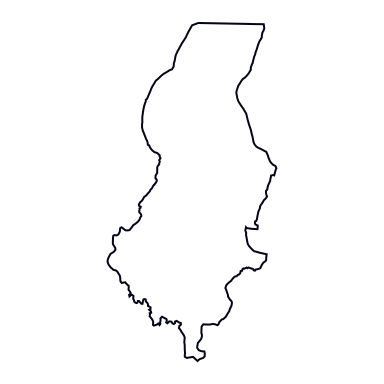 Ovia South-West, Edo, Nigeria
{"feature_id": "59680162B58622494857171", "entity_name": "Ovia South-West", "entity_type": "district", "adm_level": 2, "iso_a3": "NGA", "parent_name": "Nigeria", "parent_adm1": "Edo", "projection": "natural_earth1", "projection_center": [5.256, 6.471], "detail": "fine", "context": "isolated", "style": "outline", "palette": "ink", "viewbox_px": 384, "rotation_deg": 0, "n_neighbors": 0, "source": "geoboundaries", "source_scale": "gbopen_adm2", "svg_char_len": 5692}
<svg xmlns="http://www.w3.org/2000/svg" viewBox="0 0 384 384"><path d="M197.5,361.0L198.1,360.3L200.0,359.0L203.0,358.0L204.6,356.5L204.8,353.6L204.4,351.5L201.4,351.2L198.8,350.2L197.1,347.7L197.8,343.1L200.0,340.4L201.1,339.0L201.9,336.7L201.9,334.5L201.4,333.3L201.4,332.0L201.5,329.3L201.6,326.6L203.3,324.3L206.2,324.5L210.2,324.5L212.9,323.9L215.1,324.3L215.8,324.6L217.5,325.2L218.5,324.3L219.1,322.4L221.7,319.5L223.3,319.1L225.8,316.7L227.6,313.7L229.2,311.2L230.0,308.5L230.5,308.0L230.8,307.0L231.3,306.3L231.5,305.5L231.8,304.1L231.9,302.9L231.8,301.9L231.1,300.7L230.0,299.7L229.5,298.9L228.1,296.7L227.7,294.1L227.0,292.3L226.2,289.9L225.4,288.0L226.0,286.3L226.3,285.2L228.0,283.3L231.1,280.8L232.6,278.8L233.9,277.3L234.9,276.6L236.6,276.2L237.8,274.9L239.3,274.4L240.4,272.7L240.6,271.1L241.3,270.8L242.0,270.8L242.6,269.0L243.3,268.4L244.1,268.8L244.9,268.4L246.5,267.6L247.4,268.2L248.3,267.5L250.2,268.1L251.4,268.6L252.7,268.8L253.4,269.3L253.7,270.3L254.9,270.7L255.6,269.6L257.5,269.2L258.3,269.0L260.3,268.2L261.9,264.7L263.4,262.6L265.0,261.5L266.1,260.3L266.2,259.1L266.2,257.7L266.4,256.3L266.5,255.4L266.7,254.3L263.6,253.6L261.4,253.1L261.0,252.9L260.0,252.9L258.3,252.3L256.1,251.7L254.8,251.4L254.2,251.2L253.1,250.3L252.4,249.7L251.1,248.4L249.5,246.6L248.7,245.6L247.8,243.9L247.4,242.4L247.1,240.6L246.5,237.3L246.0,234.6L246.2,233.0L245.3,230.4L245.5,229.6L246.0,227.2L246.6,227.9L247.4,228.2L252.2,228.9L253.7,228.9L254.6,229.0L257.4,229.2L257.6,228.3L257.7,225.5L256.9,225.1L255.4,224.5L254.9,223.0L255.1,221.4L256.1,221.1L256.9,219.4L257.3,216.9L257.6,215.3L258.5,211.2L259.0,210.2L259.8,208.5L260.1,206.3L261.0,204.8L262.6,202.5L263.9,200.2L265.1,199.1L266.1,198.0L267.0,196.5L266.1,193.9L266.0,192.4L266.0,190.9L267.3,189.4L267.6,187.5L268.2,185.2L269.2,183.0L270.1,181.1L270.4,178.8L270.8,177.3L271.1,175.5L271.9,175.3L273.0,175.1L274.2,175.4L275.8,169.4L276.4,168.3L276.1,167.6L275.5,166.1L272.9,164.6L271.0,162.7L269.8,160.9L268.2,156.8L267.8,155.3L266.3,151.9L265.0,151.2L263.7,150.5L260.9,149.0L259.9,148.5L259.3,148.3L257.7,147.5L256.1,146.4L254.5,144.2L253.6,142.3L252.6,137.1L251.6,133.4L251.1,131.0L251.0,130.4L250.0,127.4L249.1,124.8L247.8,120.3L247.1,117.3L246.2,113.6L244.6,111.0L243.6,109.1L241.7,106.5L239.8,103.6L238.2,101.0L237.5,98.8L237.3,98.0L236.3,92.8L236.6,90.9L238.2,86.0L240.1,83.0L241.0,81.5L242.6,79.2L244.8,77.7L247.0,75.4L248.3,73.9L250.8,69.8L250.8,67.5L251.7,64.9L252.6,63.1L253.3,60.0L254.3,56.3L255.2,54.4L255.5,52.5L256.8,49.1L258.0,45.0L259.3,41.6L261.8,37.5L261.8,36.0L262.4,32.6L263.4,30.9L264.3,28.3L263.7,24.2L255.6,24.1L198.2,23.0L192.1,25.3L188.2,32.2L186.0,36.8L185.7,37.5L182.1,43.1L181.2,44.6L179.6,47.6L178.3,50.0L177.6,51.1L177.0,52.6L176.0,54.5L175.4,56.7L175.1,58.5L174.8,60.0L174.5,61.5L173.8,63.4L173.8,65.6L173.5,66.8L171.9,69.4L169.6,70.2L168.0,71.3L166.1,72.4L163.5,73.9L161.2,75.8L157.7,79.2L155.8,80.7L153.8,84.1L152.2,86.7L151.3,88.6L150.3,91.2L149.0,94.2L147.1,98.7L145.8,99.9L145.8,101.4L144.9,103.6L144.2,105.9L143.6,108.5L143.0,111.9L142.6,114.9L142.3,117.1L142.3,119.3L142.3,120.5L142.4,122.0L142.0,124.6L142.1,127.6L142.4,129.1L143.0,131.3L143.2,131.6L144.0,133.5L144.7,135.4L145.3,136.9L146.3,139.5L147.0,140.6L147.6,142.5L147.8,144.7L149.3,145.5L149.6,146.6L150.9,148.8L151.6,149.6L152.2,150.3L154.5,152.2L157.1,152.9L159.7,155.3L159.6,156.4L159.8,156.8L160.5,158.3L159.8,159.2L159.2,160.2L159.8,161.6L159.4,162.6L159.1,164.5L158.0,165.7L157.3,167.0L157.2,168.6L157.2,172.7L156.5,174.1L155.6,175.6L155.5,176.8L155.5,178.5L156.0,178.8L156.8,180.0L156.7,181.2L155.8,182.8L155.0,183.6L154.5,184.7L153.9,184.9L153.2,185.9L151.8,188.5L150.5,189.7L149.7,191.5L148.1,193.2L146.2,195.5L144.1,197.0L142.9,199.3L141.7,201.0L140.1,202.3L139.7,203.1L139.0,204.1L138.9,205.6L139.7,206.2L140.7,206.7L140.6,207.7L139.5,208.4L139.5,210.0L139.2,211.2L139.3,212.3L140.5,213.5L140.9,214.3L141.3,215.3L141.3,216.2L140.3,217.4L139.3,220.0L137.6,222.0L135.1,224.0L133.1,225.3L132.2,226.8L130.8,228.5L129.8,229.7L129.5,230.1L128.0,230.4L126.2,230.4L125.8,230.3L124.9,229.9L123.1,228.4L121.5,227.3L120.3,228.0L120.2,228.2L119.9,229.8L119.9,230.9L119.6,232.2L118.4,234.4L116.8,235.4L114.4,235.1L113.3,235.7L113.1,237.0L113.0,237.9L112.9,240.8L112.8,243.1L113.1,244.5L114.2,246.2L115.3,248.1L115.4,249.9L113.6,252.0L110.6,253.8L109.9,255.0L108.4,257.8L107.6,260.6L107.6,262.0L108.5,264.5L110.6,267.3L113.4,269.8L115.3,270.3L116.2,270.6L117.4,271.8L119.8,275.6L119.9,276.1L120.2,277.5L120.4,281.1L121.7,283.0L123.1,282.6L124.2,282.5L125.2,282.3L126.2,283.5L127.3,284.7L128.7,285.9L128.7,287.8L128.5,289.3L128.8,290.2L129.6,291.1L130.6,292.8L130.3,293.8L129.1,294.8L129.5,296.5L131.6,294.6L132.8,295.4L133.5,296.0L133.2,298.8L134.0,300.2L134.2,301.5L135.3,302.6L136.5,303.1L137.4,302.7L137.9,301.0L139.1,301.0L139.7,301.9L141.5,303.8L142.5,303.8L142.8,302.0L143.4,299.5L144.2,299.1L145.0,299.1L145.8,299.6L145.8,301.4L147.5,303.1L148.0,304.4L148.0,306.1L148.9,306.4L149.6,306.7L150.5,307.3L150.5,309.1L149.2,309.7L151.0,311.5L151.2,312.8L149.7,313.2L150.0,314.3L149.6,316.2L151.5,318.5L152.6,320.2L153.2,321.7L153.0,324.9L153.9,325.6L157.1,324.5L158.2,323.5L159.5,325.1L160.4,323.8L160.0,323.0L160.6,320.1L160.4,318.5L162.0,316.7L163.7,317.6L164.8,318.3L166.0,318.7L166.6,319.4L166.8,320.4L166.2,322.4L167.4,323.3L169.3,321.4L170.7,321.5L171.5,321.8L172.5,323.4L173.8,324.0L175.0,323.1L175.1,321.5L176.6,320.9L179.1,322.5L180.8,323.0L180.9,324.6L179.4,325.9L178.9,328.0L180.5,330.0L181.7,332.2L183.6,334.8L184.7,337.4L184.3,342.3L184.7,344.9L184.7,347.2L184.8,350.4L185.1,353.5L184.8,354.3L184.8,356.7L186.9,358.0L189.1,357.5L190.4,357.3L193.1,356.9L197.5,361.0Z" fill="none" stroke="#020617" stroke-width="2"/></svg>